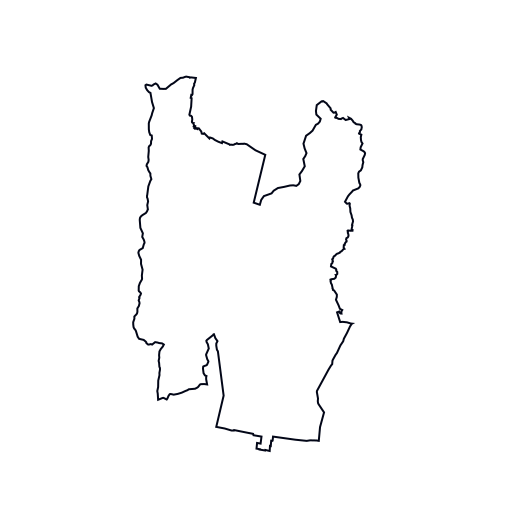 the district of Urechesti, Bacau, Romania, rotated 74°
{"feature_id": "2599482B92089902451538", "entity_name": "Urechesti", "entity_type": "district", "adm_level": 2, "iso_a3": "ROU", "parent_name": "Romania", "parent_adm1": "Bacau", "projection": "equal_earth", "projection_center": [27.054, 46.131], "detail": "fine", "context": "isolated", "style": "outline", "palette": "ink", "viewbox_px": 512, "rotation_deg": 74, "n_neighbors": 0, "source": "geoboundaries", "source_scale": "gbopen_adm2", "svg_char_len": 6122}
<svg xmlns="http://www.w3.org/2000/svg" viewBox="0 0 512 512"><g transform="rotate(74 256 256)"><path d="M442.8,294.2L437.7,292.3L438.2,291.1L438.0,290.9L434.3,289.4L443.4,268.9L447.7,258.2L448.1,254.8L450.0,248.7L451.0,246.6L438.1,241.6L425.1,233.7L415.7,236.7L414.5,236.9L412.5,236.6L410.2,235.7L403.5,235.0L402.5,234.6L385.1,217.5L381.9,214.0L381.0,212.6L377.6,211.3L376.8,210.6L372.9,206.7L371.6,205.0L365.2,199.5L362.0,195.7L359.7,194.3L355.0,189.7L349.6,185.0L347.6,182.7L347.5,182.3L347.0,183.5L344.8,186.9L343.2,190.8L342.7,193.3L332.5,193.6L332.3,191.3L333.6,191.2L334.5,190.7L334.9,189.7L333.7,189.5L332.5,188.9L331.7,188.0L329.9,189.9L326.3,190.2L320.1,191.2L317.6,189.6L315.4,188.9L310.7,190.4L309.8,191.4L308.7,191.2L308.0,191.4L307.7,191.2L304.4,191.0L302.8,191.4L300.6,191.3L300.4,190.9L299.2,190.9L299.1,190.0L299.5,187.0L298.7,185.3L296.8,184.4L296.3,184.5L296.4,184.1L295.6,182.8L293.7,182.3L292.3,183.0L291.3,182.6L290.2,182.8L286.7,186.8L284.4,185.8L284.1,185.0L283.5,184.3L282.6,184.1L282.2,183.5L280.3,183.7L280.0,183.5L279.8,182.7L278.3,181.8L277.5,180.6L277.5,179.9L276.6,178.6L276.1,177.2L276.2,176.6L275.9,174.5L275.3,173.9L275.0,172.4L273.5,170.0L273.5,169.0L272.0,169.4L269.8,168.6L269.8,167.8L269.1,167.7L268.7,167.0L267.9,166.6L267.2,165.5L267.1,165.0L266.4,164.7L265.1,164.9L263.8,164.2L263.4,162.6L262.1,161.5L261.1,161.4L260.7,161.2L259.0,161.4L258.3,161.0L257.1,161.1L256.8,160.5L257.8,158.2L258.3,156.3L257.6,156.0L257.0,156.9L253.1,154.9L252.7,155.2L249.5,153.2L247.6,152.9L245.6,153.2L243.2,152.9L239.7,153.1L236.2,152.3L233.5,152.2L231.5,151.4L231.0,151.6L230.9,153.9L230.7,154.3L228.4,155.5L224.0,151.2L222.6,149.3L220.3,145.4L219.8,144.9L219.2,139.0L218.2,137.3L217.0,136.3L216.0,136.1L214.2,136.5L208.9,136.0L204.7,134.9L203.3,133.7L202.6,131.6L200.1,129.4L197.9,128.5L195.4,127.0L193.5,127.0L192.3,126.7L188.8,123.6L187.2,122.8L185.9,123.1L185.1,123.6L182.4,126.3L180.3,125.4L177.2,122.6L175.4,123.2L173.4,123.1L170.6,122.5L168.4,121.3L166.8,123.2L166.5,123.2L165.5,121.9L164.5,121.7L163.4,119.9L161.3,118.8L159.6,118.7L159.1,118.9L158.3,120.0L157.0,123.1L156.3,123.9L155.8,123.9L154.3,125.3L152.7,125.7L150.3,126.8L148.7,128.5L150.1,128.3L150.0,132.3L147.3,134.3L147.5,136.1L147.8,136.6L146.9,138.9L145.5,140.3L145.0,141.6L144.6,141.7L142.4,139.4L139.5,139.7L139.8,141.1L139.6,142.0L136.0,143.9L134.6,143.6L129.7,145.8L128.8,146.0L125.6,148.7L125.5,148.9L125.8,149.6L125.4,150.3L127.7,156.0L133.1,158.4L136.7,159.0L141.9,156.0L144.4,157.6L145.9,159.9L146.4,162.3L151.1,167.1L152.7,170.4L154.2,174.7L161.1,179.4L166.0,179.6L171.0,179.1L173.5,181.1L175.8,183.8L183.2,184.4L187.0,188.4L189.6,191.8L196.1,192.7L198.7,195.1L199.7,197.9L198.3,200.7L197.6,203.9L197.3,210.0L196.7,216.2L198.1,221.0L200.1,223.8L200.6,231.9L203.5,235.5L207.8,238.2L204.1,243.5L161.3,219.2L154.2,227.4L146.0,234.1L144.7,236.5L144.7,237.6L144.4,238.1L143.4,242.3L142.3,243.3L142.7,244.5L142.5,245.2L142.9,246.7L142.6,248.3L142.2,249.0L141.9,250.5L141.6,250.5L136.6,256.7L138.1,257.6L135.8,260.7L133.1,263.6L131.1,265.1L129.9,266.8L129.4,267.6L130.2,268.4L123.7,272.0L124.1,273.0L123.4,274.4L121.2,274.3L117.5,275.8L117.0,277.3L117.7,277.5L116.9,278.5L116.4,278.6L116.9,279.4L116.8,279.7L115.9,280.2L114.7,278.7L114.4,278.6L114.0,280.0L113.3,279.5L111.4,279.7L111.1,279.4L110.9,279.9L110.4,280.1L110.0,280.6L109.3,280.6L107.1,279.6L104.6,279.2L103.4,279.7L102.8,280.9L101.8,281.1L94.6,277.2L86.6,274.4L86.0,275.2L83.3,273.8L83.7,273.2L82.9,272.4L78.6,271.1L77.2,270.3L74.7,268.2L73.5,268.1L72.3,266.9L68.3,264.7L66.3,269.5L66.4,270.4L65.8,270.7L64.3,273.7L64.3,275.3L64.5,276.9L64.0,279.5L65.2,283.0L67.0,287.4L67.5,289.3L67.5,289.9L70.5,296.6L69.9,298.8L68.7,302.4L64.2,303.5L62.5,304.9L62.9,307.2L63.5,308.4L63.6,309.5L61.0,314.1L61.4,315.2L63.8,315.6L66.6,314.9L69.0,313.7L70.1,312.5L79.3,313.5L85.7,313.4L90.2,316.5L92.0,317.5L97.7,321.8L99.0,322.5L104.7,324.1L107.5,324.5L110.5,324.3L111.4,323.0L114.8,323.7L116.7,325.2L119.2,326.0L120.4,327.1L121.0,328.5L122.1,329.3L125.4,330.1L131.1,332.3L134.0,332.7L135.8,333.5L137.7,335.6L139.2,336.4L140.7,335.9L143.8,335.9L146.2,335.3L147.5,334.8L149.8,335.4L153.3,335.4L154.7,336.9L159.4,340.3L167.5,343.8L167.9,344.1L169.6,344.6L170.9,344.4L173.8,344.7L177.1,346.5L181.5,347.1L181.9,347.6L183.0,348.4L184.3,350.0L185.4,353.9L186.1,355.5L187.1,356.8L188.0,357.3L189.2,357.8L197.1,359.4L203.0,358.5L206.3,360.1L209.3,359.4L211.2,359.3L212.6,359.5L213.8,360.6L217.2,362.7L218.1,366.3L219.1,367.4L220.5,368.2L223.8,368.2L227.9,367.5L231.9,368.7L237.9,368.8L243.3,371.1L246.5,371.8L247.2,372.2L249.9,375.0L252.7,377.0L256.9,378.3L257.7,378.2L259.0,377.3L260.3,376.9L261.4,377.6L263.3,379.7L264.2,379.5L266.3,381.0L268.2,380.8L269.4,381.0L271.8,382.4L273.7,384.5L277.0,385.4L278.4,386.2L279.1,387.0L280.6,389.6L282.8,390.2L285.8,392.3L288.1,392.9L290.6,393.3L292.2,393.1L293.3,392.5L294.9,392.1L301.0,392.0L303.4,391.2L305.7,387.1L307.9,385.6L308.6,385.3L309.4,385.4L311.2,384.3L311.6,383.5L311.7,381.3L312.5,380.3L311.0,376.7L312.1,374.4L313.0,373.1L314.1,370.4L315.7,369.0L317.3,370.5L319.2,373.2L321.1,375.1L324.6,376.5L327.1,377.0L330.0,378.5L332.0,378.6L335.9,379.4L337.2,379.2L339.0,379.7L341.8,381.1L343.9,381.6L348.8,384.3L355.0,386.2L358.6,388.1L361.3,388.4L367.2,389.7L366.7,384.8L366.9,384.0L369.3,381.4L368.6,380.5L366.2,378.5L365.1,377.1L365.0,376.5L365.6,375.1L366.6,373.4L367.0,369.2L366.9,365.0L366.3,361.1L366.1,358.9L365.6,357.3L366.8,351.1L366.3,348.7L365.9,347.7L364.1,345.3L364.0,344.1L365.0,340.6L366.0,338.4L360.8,337.9L359.0,337.4L357.7,336.7L356.7,338.0L354.2,338.7L349.6,338.0L347.7,337.2L347.5,336.1L347.4,334.0L347.1,333.1L344.7,331.1L344.1,330.8L341.8,331.3L337.7,331.3L336.9,331.1L331.9,326.9L327.6,326.6L325.1,327.2L323.8,327.1L323.2,326.3L320.2,319.1L319.6,318.4L319.6,318.0L323.8,317.7L327.2,316.5L329.2,318.3L331.2,318.9L335.3,319.4L337.1,318.9L381.3,325.6L409.3,341.3L413.2,333.6L417.1,327.5L417.7,325.3L417.3,325.0L426.2,307.8L427.6,307.8L431.1,300.5L437.6,303.3L436.0,306.5L441.3,308.6L442.8,305.6L443.1,305.8L445.5,300.8L445.0,300.5L447.2,296.6L442.4,294.9L442.8,294.2Z" fill="none" stroke="#020617" stroke-width="2"/></g></svg>